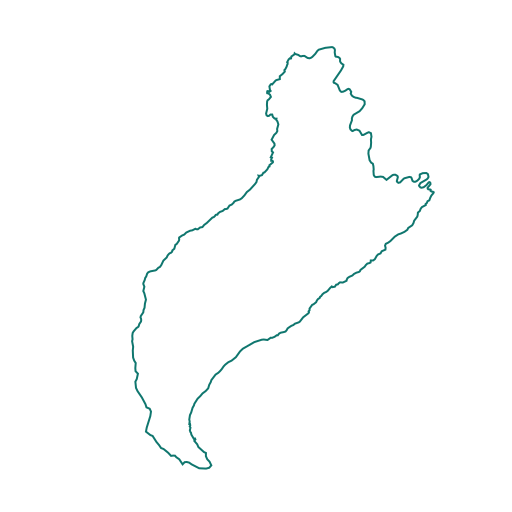 the district of Butha-Buthe (Butha-Buthe District), Butha-Buthe, Lesotho, rotated 43°
{"feature_id": "5366337B51987065811788", "entity_name": "Butha-Buthe (Butha-Buthe District)", "entity_type": "district", "adm_level": 2, "iso_a3": "LSO", "parent_name": "Lesotho", "parent_adm1": "Butha-Buthe", "projection": "equal_earth", "projection_center": [28.266, -28.757], "detail": "fine", "context": "isolated", "style": "outline", "palette": "teal", "viewbox_px": 512, "rotation_deg": 43, "n_neighbors": 0, "source": "geoboundaries", "source_scale": "gbopen_adm2", "svg_char_len": 6024}
<svg xmlns="http://www.w3.org/2000/svg" viewBox="0 0 512 512"><g transform="rotate(43 256 256)"><path d="M366.2,442.8L366.1,439.6L362.3,438.1L359.0,437.9L355.9,436.6L353.7,434.2L351.6,434.9L344.1,435.0L341.4,433.8L337.0,433.3L336.8,431.5L335.8,431.1L335.2,432.1L330.5,430.7L329.0,429.6L328.1,429.5L326.5,428.6L325.1,426.2L323.8,425.9L323.4,424.7L322.2,423.8L321.8,424.3L320.2,422.1L318.8,421.2L316.2,417.4L315.3,414.6L313.1,410.2L312.5,407.6L311.7,406.1L310.6,400.2L310.8,396.4L310.6,393.0L311.3,389.1L311.3,385.4L309.6,382.0L308.9,379.1L308.0,377.2L307.3,370.3L308.1,367.0L308.2,364.5L308.1,362.1L307.6,358.8L307.6,356.5L308.2,352.5L309.5,349.2L310.3,343.7L309.4,336.7L309.6,332.8L313.5,320.1L317.3,313.3L318.6,311.8L321.7,309.6L322.5,305.7L323.5,305.0L324.7,302.5L325.2,299.8L326.0,299.2L325.8,296.9L326.4,295.2L328.2,292.7L329.1,291.1L329.0,289.3L328.5,287.4L328.9,285.4L329.5,282.9L330.4,281.0L330.6,279.0L332.5,275.4L332.8,274.1L332.3,268.7L333.4,262.0L333.1,261.0L332.2,260.6L332.2,259.2L331.0,257.9L330.4,253.4L331.0,252.1L331.5,248.8L330.9,247.1L330.7,245.3L331.2,243.2L330.7,242.1L331.0,240.8L330.7,238.6L331.0,236.4L331.8,234.6L332.2,232.7L332.0,228.5L332.2,226.6L333.1,226.7L334.6,224.7L334.2,222.3L335.2,221.0L335.1,219.5L335.4,218.0L337.6,216.2L339.1,212.4L338.4,211.2L338.0,209.6L338.5,207.5L339.8,204.5L339.9,202.3L340.8,199.7L342.1,197.6L342.4,196.4L341.9,194.9L342.8,189.7L342.5,187.9L342.6,185.6L343.8,183.8L344.2,182.6L343.0,181.0L344.7,179.4L345.1,177.3L344.2,173.6L344.2,171.6L345.3,169.2L344.7,166.8L346.3,163.1L345.2,161.6L343.3,160.4L342.6,158.6L343.6,156.0L344.1,153.4L344.3,147.2L345.3,143.1L346.6,140.8L348.1,137.1L348.8,133.6L348.2,131.7L349.3,127.0L348.7,124.5L347.6,122.3L347.1,117.2L346.2,115.6L344.8,113.8L345.1,111.4L344.2,109.1L344.0,107.1L345.4,103.0L344.6,102.3L344.8,100.8L344.1,98.9L344.8,97.1L343.7,94.5L343.0,92.1L342.9,89.2L342.5,88.2L341.4,88.4L340.4,89.2L339.2,89.3L338.6,88.4L338.3,88.4L336.5,89.7L335.7,89.7L335.0,89.1L334.9,88.4L334.7,84.6L333.8,83.7L333.0,83.5L332.3,83.8L332.1,84.4L332.3,88.0L331.7,91.4L330.5,93.2L329.5,93.7L327.9,93.6L327.1,93.2L326.5,90.5L328.5,83.9L328.7,82.8L328.5,81.1L328.1,80.4L325.9,78.9L324.1,79.1L321.5,81.6L320.2,84.6L320.5,85.2L322.1,86.6L322.7,88.2L322.6,90.7L322.3,92.0L321.7,93.3L320.8,94.0L320.0,94.2L319.2,94.3L316.4,92.8L315.6,92.7L314.2,93.6L311.5,98.0L311.3,99.0L311.2,103.9L310.2,105.4L308.5,105.5L307.9,105.2L305.9,101.5L304.8,101.0L302.5,101.5L301.2,102.8L300.7,103.7L299.5,111.3L295.0,111.5L293.0,112.9L290.1,116.3L289.1,116.9L287.9,116.8L286.8,116.4L283.9,113.7L283.1,112.5L280.6,110.2L278.5,108.8L276.6,109.2L273.8,108.5L268.4,104.5L266.4,102.0L266.0,98.8L265.3,97.6L262.9,94.6L260.5,92.3L259.1,90.0L256.3,87.8L254.1,88.5L253.4,90.0L252.0,94.2L251.0,95.2L246.2,93.8L243.4,94.8L242.1,96.7L241.5,98.7L241.0,99.0L238.8,99.0L237.1,98.1L235.7,96.4L233.6,91.3L232.3,90.0L231.4,88.2L231.1,86.4L231.2,85.6L233.0,79.5L232.9,75.5L232.0,70.9L229.9,68.8L228.1,68.7L227.0,69.0L222.1,71.4L220.9,72.3L218.8,73.1L216.7,73.3L214.5,72.6L213.7,71.0L210.9,70.2L210.2,70.4L209.6,70.7L209.1,71.7L208.6,74.1L207.7,76.3L206.7,77.6L205.9,77.9L204.3,77.7L199.0,75.2L196.2,75.6L194.8,76.2L194.2,76.0L193.5,75.1L191.6,62.4L190.5,57.9L189.5,56.5L187.0,56.9L185.5,56.6L184.6,56.2L183.1,54.5L181.9,54.2L180.3,54.5L178.3,55.8L177.7,55.7L174.8,53.5L173.2,51.5L171.8,50.8L169.7,51.0L168.8,51.7L164.7,56.5L161.2,62.3L161.0,64.1L161.5,67.8L161.4,72.0L161.0,73.6L160.3,74.9L158.6,76.0L155.0,76.6L153.6,78.0L152.8,79.3L151.8,79.8L149.8,80.1L146.9,81.5L146.1,81.5L146.6,82.4L145.8,86.0L146.9,87.6L146.5,88.2L145.9,88.4L145.8,89.9L146.6,93.0L147.3,93.0L148.2,94.1L148.5,95.2L149.2,96.5L150.0,99.3L150.0,100.7L151.3,101.5L151.3,104.9L150.8,108.3L152.8,110.4L150.9,113.5L150.7,114.4L150.8,119.5L150.0,119.7L149.7,120.4L150.1,122.8L152.9,125.0L154.1,125.3L153.8,126.8L152.9,126.8L151.9,127.6L152.3,128.5L153.2,129.3L154.4,128.6L156.3,128.5L158.4,129.5L158.6,132.6L158.3,134.2L158.7,135.3L160.9,138.0L163.8,140.6L166.2,144.9L167.8,145.9L169.1,145.7L169.9,144.7L170.1,142.7L171.4,141.5L173.4,142.7L175.9,142.8L177.3,141.6L177.9,142.6L179.8,142.9L182.6,144.5L184.8,148.7L186.4,150.1L186.9,152.1L186.7,155.1L188.1,160.3L192.8,161.2L194.1,162.3L194.5,163.9L194.5,167.1L196.2,168.7L197.8,168.6L199.5,173.7L200.6,173.2L201.2,175.0L202.2,176.0L203.1,175.2L203.8,175.2L204.5,176.0L203.9,180.5L204.8,181.3L204.4,182.3L205.2,184.9L205.2,189.2L204.6,190.0L205.2,192.8L204.0,194.9L203.1,195.5L204.2,196.0L204.7,199.6L205.9,201.6L206.2,203.9L206.3,211.6L205.7,215.5L206.2,219.6L206.2,223.5L205.7,225.6L203.5,229.5L203.0,231.1L203.3,232.1L203.2,234.9L202.2,237.2L202.8,240.8L202.0,242.2L201.2,242.9L200.9,245.8L199.6,248.3L199.2,250.6L199.6,252.1L198.8,252.8L198.5,253.5L198.7,254.7L198.6,256.4L197.9,257.6L197.5,265.4L196.9,268.6L197.1,271.4L195.7,273.2L195.2,276.2L194.1,277.1L193.1,277.4L191.9,280.7L190.6,282.4L189.0,286.4L188.9,289.3L188.0,291.3L187.2,294.9L187.7,295.6L188.5,296.2L189.2,297.3L189.8,301.3L189.4,302.8L191.3,306.4L191.0,309.0L191.7,310.0L191.6,311.7L191.0,312.9L190.9,314.1L191.0,315.9L191.7,318.0L191.4,322.5L192.9,327.2L193.2,329.5L192.6,331.2L192.6,334.2L192.2,335.2L189.2,339.3L188.3,341.4L188.4,343.1L189.7,345.9L189.9,347.5L191.0,349.5L192.0,352.4L192.6,353.3L195.3,354.6L197.5,358.5L199.7,359.4L205.3,363.0L207.2,366.5L209.8,369.9L210.6,372.2L212.0,374.1L212.7,378.5L213.4,379.7L214.6,380.2L215.8,381.2L216.6,382.4L217.0,385.2L218.2,387.7L218.1,388.8L217.7,390.1L217.9,394.6L218.3,396.4L220.0,398.8L222.5,401.1L223.5,402.8L228.1,406.2L230.3,409.1L235.4,414.1L238.3,415.6L241.0,416.3L244.2,420.3L246.5,422.4L249.9,422.6L252.7,427.3L253.5,430.2L258.2,434.3L261.5,435.6L269.0,437.3L276.3,439.8L279.1,441.4L282.4,440.2L285.3,441.4L287.9,445.2L293.1,456.0L295.3,459.5L300.9,459.0L303.1,458.1L310.0,459.9L314.1,460.4L317.5,461.2L320.0,460.2L326.0,459.8L330.2,460.1L331.5,458.5L332.9,457.3L335.0,457.5L338.5,457.0L344.4,458.4L344.4,455.5L345.8,453.9L348.0,452.7L351.0,452.3L359.2,450.0L364.5,445.5L366.2,442.8Z" fill="none" stroke="#0f766e" stroke-width="2"/></g></svg>